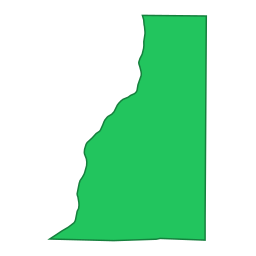 the district of Henderson, Illinois, United States of America
{"feature_id": "52423323B60960252709384", "entity_name": "Henderson", "entity_type": "district", "adm_level": 2, "iso_a3": "USA", "parent_name": "United States of America", "parent_adm1": "Illinois", "projection": "albers", "projection_center": [-91.022, 40.853], "detail": "fine", "context": "isolated", "style": "filled", "palette": "green", "viewbox_px": 256, "rotation_deg": 0, "n_neighbors": 0, "source": "geoboundaries", "source_scale": "gbopen_adm2", "svg_char_len": 963}
<svg xmlns="http://www.w3.org/2000/svg" viewBox="0 0 256 256"><path d="M206.3,16.0L142.4,15.4L143.7,19.8L144.1,24.7L144.5,26.5L145.0,31.8L145.0,33.8L143.8,41.7L143.9,45.5L143.6,48.4L142.2,54.2L140.0,58.5L138.8,62.2L138.9,63.8L140.0,67.3L141.0,71.3L141.3,73.3L141.2,75.5L138.0,84.7L137.0,90.6L136.0,92.3L134.6,93.6L130.6,95.4L128.2,97.2L123.1,99.3L121.1,100.8L118.8,103.2L117.9,104.4L117.3,105.2L114.1,111.7L111.7,114.3L108.1,116.4L107.2,117.2L105.0,119.9L104.0,121.8L102.8,124.9L100.4,130.2L99.5,131.3L96.2,133.5L92.2,137.9L87.2,142.5L86.1,144.3L84.6,149.2L84.3,152.3L84.5,153.9L86.4,158.9L86.8,162.1L86.6,165.7L84.8,172.2L84.1,174.2L82.3,177.4L80.1,180.6L79.2,183.4L77.1,193.9L77.4,195.6L77.9,196.8L78.9,202.7L79.0,205.3L78.6,208.5L78.4,208.9L77.2,211.2L75.6,219.4L75.1,221.0L74.5,222.1L73.9,222.9L68.3,227.2L62.0,230.9L49.7,239.0L113.6,240.6L156.3,239.2L160.1,238.4L205.1,240.1L205.1,217.7L206.3,16.0Z" fill="#22c55e" stroke="#15803d" stroke-width="1.5"/></svg>